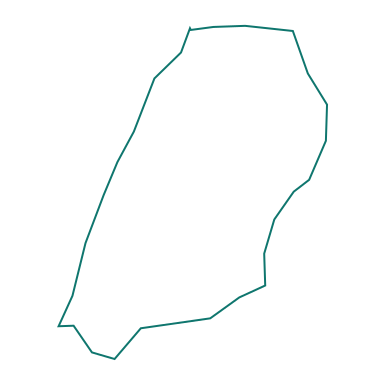 Sotenäs, Västra Götaland, Sweden, rotated 178°
{"feature_id": "70781695B30860810516281", "entity_name": "Sotenäs", "entity_type": "district", "adm_level": 2, "iso_a3": "SWE", "parent_name": "Sweden", "parent_adm1": "Västra Götaland", "projection": "albers", "projection_center": [11.361, 58.424], "detail": "fine", "context": "isolated", "style": "outline", "palette": "teal", "viewbox_px": 384, "rotation_deg": 178, "n_neighbors": 0, "source": "geoboundaries", "source_scale": "gbopen_adm2", "svg_char_len": 497}
<svg xmlns="http://www.w3.org/2000/svg" viewBox="0 0 384 384"><g transform="rotate(178 192 192)"><path d="M122.1,96.0L122.0,127.9L110.7,161.7L90.3,188.8L74.5,200.1L56.4,238.5L54.0,274.6L72.1,306.4L85.6,349.4L133.1,356.2L164.8,356.2L187.5,354.0L188.3,355.7L198.1,331.8L225.6,306.8L248.0,254.4L265.5,224.5L280.4,192.0L300.2,144.7L315.1,92.4L330.0,62.5L315.0,62.5L297.6,35.2L288.9,32.3L275.2,27.8L247.9,57.6L178.2,65.1L148.4,85.0L122.1,96.0Z" fill="none" stroke="#0f766e" stroke-width="2"/></g></svg>